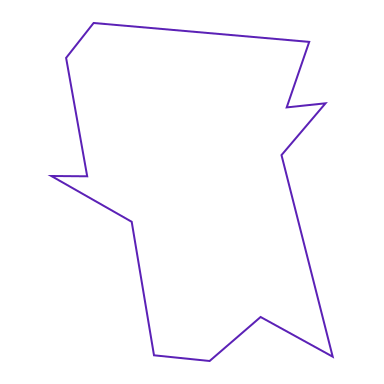 the district of Chair, Butel, North Macedonia
{"feature_id": "65306769B39088451231406", "entity_name": "Chair", "entity_type": "district", "adm_level": 2, "iso_a3": "MKD", "parent_name": "North Macedonia", "parent_adm1": "Butel", "projection": "robinson", "projection_center": [21.439, 42.011], "detail": "fine", "context": "isolated", "style": "outline", "palette": "violet", "viewbox_px": 384, "rotation_deg": 0, "n_neighbors": 0, "source": "geoboundaries", "source_scale": "gbopen_adm2", "svg_char_len": 286}
<svg xmlns="http://www.w3.org/2000/svg" viewBox="0 0 384 384"><path d="M93.6,23.0L66.1,57.9L87.2,176.3L51.3,176.0L131.7,221.8L154.0,355.3L209.6,361.0L260.6,317.0L332.7,356.7L281.5,155.1L325.5,103.3L286.7,107.4L309.2,41.9L93.6,23.0Z" fill="none" stroke="#5b21b6" stroke-width="2"/></svg>